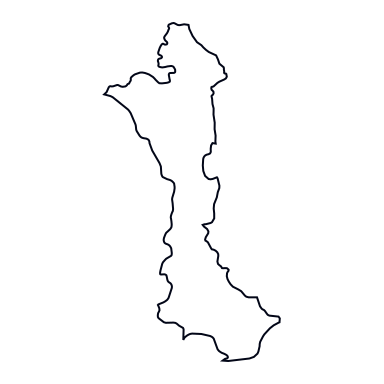 SVG path tracing the border of Volta
{"feature_id": "GHA-2173", "entity_name": "Volta", "entity_type": "Region", "adm_level": 1, "iso_a3": "GHA", "parent_name": "Ghana", "parent_adm1": "", "projection": "albers", "projection_center": [0.32, 7.267], "detail": "fine", "context": "isolated", "style": "outline", "palette": "ink", "viewbox_px": 384, "rotation_deg": 0, "n_neighbors": 0, "source": "natural_earth", "source_scale": "10m", "svg_char_len": 5484}
<svg xmlns="http://www.w3.org/2000/svg" viewBox="0 0 384 384"><path d="M214.6,122.0L214.7,122.5L214.6,129.2L215.6,135.6L215.4,141.5L215.7,143.6L212.5,143.1L211.1,145.4L210.7,148.8L210.8,151.9L210.1,153.4L208.6,154.2L206.9,154.6L205.4,155.3L204.3,156.4L203.6,157.6L203.2,159.0L202.8,165.5L203.3,171.0L205.1,175.9L208.6,179.0L210.6,179.3L212.8,178.9L216.9,177.3L217.6,178.3L219.4,185.7L219.3,188.1L217.8,192.2L216.8,197.4L214.1,204.1L213.7,208.5L214.2,213.5L214.2,218.4L212.0,222.2L210.6,223.0L205.9,224.2L204.3,224.3L202.7,224.9L204.0,226.6L207.1,229.0L208.4,231.4L208.2,233.3L205.8,237.2L205.1,239.5L205.4,240.6L206.5,241.2L207.9,242.3L211.1,248.3L211.8,249.3L213.7,249.7L215.6,250.7L217.3,252.3L218.2,254.1L218.3,255.9L217.4,261.5L218.0,263.9L219.4,265.2L221.0,266.4L222.0,268.1L223.0,268.2L226.1,268.1L227.1,268.3L228.6,269.7L228.5,270.8L227.7,271.8L227.0,273.3L227.0,273.9L226.8,276.2L227.5,279.0L228.8,281.6L230.6,284.3L232.9,286.7L238.4,289.5L241.2,291.2L244.9,295.6L246.3,296.7L248.6,297.3L257.0,297.3L260.0,306.3L261.7,308.7L262.6,309.4L263.4,309.7L264.2,310.2L265.1,311.2L266.6,313.4L267.7,314.8L269.3,315.6L278.5,316.6L279.8,318.4L279.5,322.3L278.7,322.6L273.7,325.3L269.9,328.3L264.3,334.4L263.0,336.4L260.2,341.8L259.7,344.0L259.6,346.3L258.4,351.5L257.5,353.6L253.9,356.9L249.4,358.5L228.2,361.0L222.7,360.6L225.0,358.9L227.2,358.3L227.6,357.9L227.9,357.2L227.7,356.5L227.4,355.9L227.0,355.5L226.6,355.1L225.6,354.5L224.0,353.7L221.7,352.8L220.1,351.8L218.9,350.9L217.6,349.3L213.7,338.6L212.6,337.4L211.6,336.7L210.1,336.0L201.4,334.0L192.4,333.6L191.5,333.7L190.4,333.9L189.3,334.3L187.4,335.3L185.3,336.9L184.5,337.7L184.2,338.2L183.3,339.9L183.6,329.6L183.4,328.7L183.0,327.9L179.1,325.7L176.8,323.7L175.4,322.9L173.4,322.6L165.8,322.8L163.8,322.2L158.6,318.2L157.9,317.0L157.8,315.2L158.1,313.2L158.9,311.7L159.5,310.3L159.3,308.3L158.5,306.2L157.9,305.0L158.4,304.4L163.4,302.4L165.3,301.3L167.0,300.0L167.4,299.6L167.7,299.2L168.3,298.3L168.6,297.8L171.8,288.0L171.9,287.1L171.9,286.1L171.4,284.5L170.9,283.8L170.4,283.2L169.0,282.3L168.2,281.6L167.6,280.6L167.5,280.1L167.3,279.5L166.8,276.9L166.5,275.7L166.3,275.2L165.9,274.9L165.4,274.6L164.8,274.4L164.3,274.3L161.0,274.5L160.4,274.3L160.1,273.9L160.1,272.5L160.5,270.4L162.2,263.9L162.8,262.6L163.1,262.1L163.5,261.7L163.8,261.3L164.2,260.9L164.5,260.5L166.0,258.9L166.4,258.6L170.8,256.0L171.2,255.7L171.5,255.3L171.7,254.4L171.8,253.1L171.2,248.3L170.7,247.3L170.1,246.3L169.4,245.5L168.5,244.8L167.5,244.3L165.8,243.7L165.3,243.4L164.9,243.1L164.5,242.7L164.0,241.7L163.7,240.5L163.7,239.4L164.0,237.9L165.1,235.0L165.7,233.7L166.2,232.8L168.2,231.0L168.6,230.6L170.2,229.1L171.1,227.8L171.4,227.2L171.6,226.0L171.7,224.3L171.4,221.1L171.0,218.5L170.8,217.9L170.8,217.0L171.0,215.7L171.7,213.5L172.5,211.6L172.8,211.1L173.1,209.1L172.6,203.1L172.1,199.6L172.1,199.0L172.3,197.7L174.1,191.8L174.6,188.4L174.6,186.9L174.1,183.5L173.7,182.9L173.0,182.1L171.7,180.9L170.8,180.4L170.0,180.0L167.0,179.1L162.9,177.1L162.4,176.6L162.0,175.8L161.5,174.5L161.3,173.6L160.9,166.9L160.8,166.3L159.5,163.1L152.2,150.5L149.5,143.1L149.4,141.7L149.0,140.6L148.4,139.7L147.0,138.9L146.2,138.6L143.7,138.2L142.6,137.9L141.5,137.5L140.5,136.7L139.6,135.7L136.9,131.4L136.6,130.8L136.2,129.7L135.8,125.7L135.5,124.5L130.7,113.2L129.4,111.2L128.1,109.6L112.7,97.2L110.5,96.1L104.2,94.4L106.6,92.1L108.8,87.2L109.5,86.5L110.2,86.2L111.4,86.4L112.2,86.4L113.2,86.3L117.1,85.0L117.8,85.0L118.4,85.2L121.0,86.5L121.6,86.6L122.5,86.8L123.5,86.7L125.4,86.4L126.3,85.8L127.0,85.1L127.5,84.2L128.1,83.9L129.0,83.6L129.3,83.1L129.5,82.5L130.7,80.6L130.8,79.9L130.8,79.3L130.7,78.7L130.9,77.9L131.4,77.1L133.1,75.6L134.2,74.8L135.1,74.3L140.0,72.6L142.3,72.5L145.0,73.0L147.3,73.8L149.1,74.5L153.0,77.0L154.6,78.6L155.6,79.8L158.0,82.2L159.3,83.2L160.6,83.3L162.5,83.3L166.9,82.8L168.7,82.3L169.8,81.6L169.9,81.0L169.9,80.4L169.8,79.9L169.6,79.4L168.8,74.9L168.9,74.2L169.2,73.5L169.8,73.1L170.5,73.0L173.9,72.9L174.6,72.6L175.1,72.1L175.2,71.5L175.2,70.8L175.1,69.5L174.8,69.0L173.7,67.1L173.3,66.7L172.8,66.4L172.2,66.2L171.6,66.0L170.9,66.0L167.6,66.4L165.2,67.0L162.6,67.4L162.1,67.4L160.8,67.2L159.6,66.9L159.1,66.7L158.7,66.4L158.4,66.0L158.3,65.4L158.6,64.2L158.6,63.5L158.3,62.3L157.9,61.1L157.9,60.5L158.1,59.6L158.5,59.1L159.2,58.7L160.0,58.5L161.1,58.2L161.7,57.7L162.0,57.1L161.9,56.6L161.6,56.1L161.2,55.7L159.1,54.7L158.7,54.4L158.4,53.9L158.2,53.3L158.2,52.7L158.3,52.1L158.5,51.5L159.7,48.0L160.5,46.3L161.7,44.4L162.3,44.0L162.9,43.7L163.5,43.9L164.5,44.5L165.1,44.6L165.8,44.6L166.8,44.3L167.2,43.7L167.3,43.1L167.2,42.5L166.9,42.0L166.5,41.6L165.3,40.5L164.7,39.6L164.5,39.1L164.3,38.5L164.1,37.9L164.3,37.0L164.8,36.1L167.0,33.2L167.9,31.5L168.6,29.5L169.1,28.7L169.1,28.0L168.9,27.5L168.6,27.0L168.2,26.5L168.3,25.9L168.5,25.2L168.8,24.7L169.2,24.5L171.9,23.3L173.1,23.1L173.7,23.0L174.3,23.2L174.8,23.4L177.4,24.8L178.0,25.0L178.7,25.1L179.4,25.1L180.0,25.1L183.6,24.4L184.2,24.3L188.5,24.9L189.3,29.0L192.6,36.0L197.0,42.2L201.4,45.2L203.3,47.4L206.0,49.9L208.8,52.0L216.1,55.4L218.0,59.5L219.4,63.7L223.7,67.3L223.9,68.4L223.9,69.7L224.2,71.3L224.1,72.5L224.2,73.0L224.6,73.4L225.9,73.6L226.3,74.0L226.8,76.7L225.9,78.4L224.2,79.5L219.3,81.7L217.4,82.9L213.7,86.3L212.8,86.7L212.0,86.8L211.4,87.2L211.3,88.7L211.7,89.9L212.6,90.7L213.4,91.6L213.6,93.2L213.0,94.6L212.1,95.3L211.5,96.1L212.1,98.8L212.5,104.1L213.6,108.3L213.6,110.4L213.5,114.6L214.6,122.0Z" fill="none" stroke="#020617" stroke-width="2"/></svg>